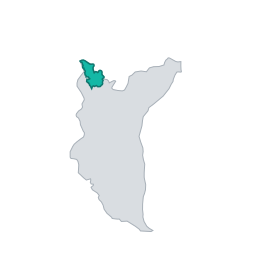 where Ștefan Vodă sits in Moldova, rotated 213°
{"feature_id": "MDA-1651", "entity_name": "Ștefan Vodă", "entity_type": "District", "adm_level": 1, "iso_a3": "MDA", "parent_name": "Moldova", "parent_adm1": "", "projection": "natural_earth1", "projection_center": [29.727, 46.532], "detail": "fine", "context": "in_parent", "style": "filled", "palette": "teal", "viewbox_px": 256, "rotation_deg": 213, "n_neighbors": 0, "source": "natural_earth", "source_scale": "10m", "svg_char_len": 3264}
<svg xmlns="http://www.w3.org/2000/svg" viewBox="0 0 256 256"><g transform="rotate(213 128 128)"><path d="M51.3,55.6L52.3,53.7L61.4,48.5L63.7,49.3L68.4,49.6L78.0,49.4L82.7,46.0L85.6,46.9L88.0,45.4L92.0,43.5L92.6,43.9L93.1,44.2L99.2,45.0L103.8,46.9L106.8,49.7L110.0,51.5L113.3,52.2L115.1,53.6L115.4,55.7L118.5,56.8L124.2,56.8L126.7,58.2L125.8,61.0L126.4,62.0L128.4,61.0L130.0,61.9L130.8,64.0L131.7,65.0L134.6,61.7L137.7,62.0L145.3,63.4L149.2,70.3L151.7,72.7L153.9,73.7L156.7,72.7L159.2,71.4L160.6,72.0L163.6,76.6L164.3,82.5L164.3,85.0L163.2,89.0L161.6,93.4L160.4,96.2L160.9,98.4L162.0,100.3L163.8,101.0L169.6,104.8L171.8,107.5L174.9,109.4L177.4,109.5L178.6,110.6L179.0,112.0L178.7,115.4L177.4,118.6L177.5,120.7L179.7,123.1L179.9,125.9L180.0,127.8L181.2,129.2L186.5,132.3L193.5,135.3L195.2,137.9L196.3,141.2L196.0,146.7L195.5,151.5L204.6,158.0L203.6,159.2L202.2,160.5L193.5,161.5L191.7,162.1L187.9,157.2L186.0,156.6L184.1,158.4L181.9,159.4L179.3,158.9L176.4,157.4L175.0,156.3L173.9,156.2L172.1,157.2L169.8,156.8L168.3,155.6L166.0,159.7L164.7,160.6L163.8,160.5L163.7,153.4L163.0,152.4L161.3,152.2L157.0,153.9L153.0,156.0L151.6,157.9L151.8,161.4L152.3,165.5L155.1,171.8L153.5,174.5L152.5,178.9L148.1,182.9L143.2,185.2L142.8,190.0L140.0,193.3L135.4,196.5L132.2,200.4L133.0,203.1L133.2,205.7L132.6,207.4L132.5,208.7L131.3,209.3L124.1,209.8L122.1,210.6L119.8,212.5L117.6,209.0L115.4,205.9L113.8,204.2L114.5,203.4L116.3,202.5L117.5,201.5L117.4,197.8L116.5,193.5L115.6,191.5L115.6,188.3L115.0,183.2L115.9,173.9L119.5,162.2L121.6,156.4L120.6,153.3L121.4,145.8L119.9,142.2L117.5,137.4L114.2,127.0L109.9,123.3L104.7,119.4L102.4,116.4L100.9,113.1L97.8,109.8L94.3,106.8L90.0,99.2L87.8,95.8L87.1,94.9L82.3,90.1L79.7,85.7L78.5,82.1L77.8,78.8L74.4,72.3L71.3,67.4L68.4,63.9L67.0,61.4L63.6,58.3L58.7,55.8L55.5,55.4L51.3,55.6Z" fill="#d9dde1" stroke="#a8b0b8" stroke-width="1"/><path d="M194.4,150.7L194.5,152.0L195.2,152.7L197.1,153.4L197.2,153.5L197.4,154.0L197.6,154.2L197.8,154.1L198.4,153.8L198.6,153.8L199.0,154.0L199.3,154.4L199.8,155.3L199.5,155.8L201.5,157.2L202.3,158.0L202.7,157.7L203.4,157.6L204.1,157.7L204.7,158.0L203.6,159.8L202.4,160.7L200.5,161.0L195.3,160.8L194.6,160.9L193.8,161.3L192.2,162.6L191.3,162.7L190.4,161.8L190.3,161.5L190.4,160.4L190.3,159.9L190.1,159.4L189.2,158.1L186.8,156.2L186.3,155.3L186.3,156.9L185.8,157.7L184.9,158.0L183.6,158.0L183.4,158.4L183.6,159.8L183.3,160.7L182.7,161.2L181.9,161.4L181.2,161.4L180.5,161.0L179.9,160.3L179.3,159.1L178.7,158.6L178.1,158.4L176.7,158.1L176.0,157.9L175.7,157.5L175.7,157.1L175.8,156.6L176.0,156.2L176.2,155.8L176.3,155.4L176.2,155.1L176.0,154.7L175.0,154.6L174.9,154.6L174.8,153.9L174.4,152.5L173.4,151.4L173.2,150.4L173.7,149.4L173.7,148.6L173.8,147.8L174.9,146.8L176.1,146.1L176.9,146.3L177.6,146.4L178.2,145.5L178.7,144.6L179.4,144.6L180.1,144.4L180.3,142.8L179.9,141.2L181.0,141.8L182.0,142.6L183.5,142.9L184.2,143.8L185.0,143.8L185.4,143.9L185.5,143.9L185.6,144.0L185.8,144.5L186.1,144.5L186.6,144.3L186.9,144.2L187.8,144.4L187.8,144.5L188.2,144.8L189.0,146.5L188.4,146.7L187.7,147.1L187.2,147.7L186.9,148.4L187.5,148.5L189.0,149.2L189.5,149.1L191.1,148.0L191.4,148.7L191.8,149.1L192.4,149.2L193.0,149.2L193.1,149.4L194.0,150.5L194.4,150.7Z" fill="#14b8a6" stroke="#0f766e" stroke-width="1.5"/></g></svg>